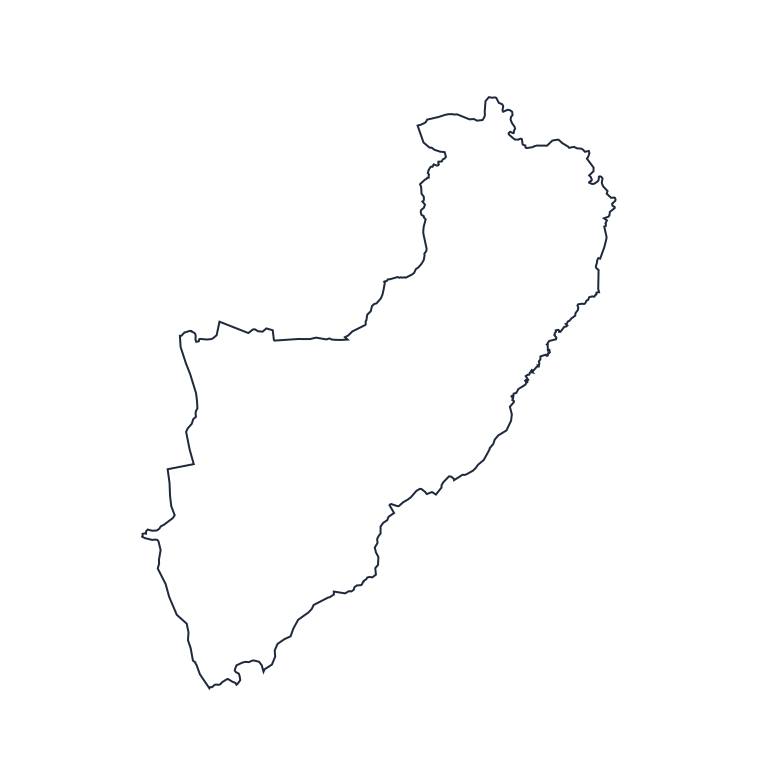 outline of Asene Akroso Manso, Eastern, Ghana, rotated 72°
{"feature_id": "2480657B68278489034036", "entity_name": "Asene Akroso Manso", "entity_type": "district", "adm_level": 2, "iso_a3": "GHA", "parent_name": "Ghana", "parent_adm1": "Eastern", "projection": "orthographic", "projection_center": [-0.832, 5.854], "detail": "fine", "context": "isolated", "style": "outline", "palette": "slate", "viewbox_px": 768, "rotation_deg": 72, "n_neighbors": 0, "source": "geoboundaries", "source_scale": "gbopen_adm2", "svg_char_len": 6165}
<svg xmlns="http://www.w3.org/2000/svg" viewBox="0 0 768 768"><g transform="rotate(72 384 384)"><path d="M489.6,656.2L506.7,653.5L520.0,654.1L539.5,652.4L551.0,645.7L559.9,646.7L567.0,649.6L575.5,649.5L588.0,651.2L590.5,649.4L591.4,649.7L593.3,649.1L603.2,648.8L619.4,644.1L618.5,643.3L619.2,641.2L617.8,638.1L617.9,636.6L618.9,634.7L619.0,632.4L617.7,630.4L616.3,625.0L616.3,623.6L620.6,619.9L622.3,617.7L624.4,617.3L623.9,615.9L621.2,612.2L617.3,611.6L614.6,611.6L612.4,613.8L610.4,614.5L608.9,613.6L606.0,611.3L605.2,604.9L605.4,601.7L606.8,598.4L606.4,595.5L606.6,593.4L609.6,588.6L613.9,587.2L620.4,587.5L618.4,585.7L616.2,577.3L609.6,571.7L603.7,570.3L598.3,565.6L595.9,557.6L595.1,550.8L588.8,546.0L581.7,538.5L577.9,526.4L575.7,522.3L572.4,519.2L569.8,503.0L570.0,501.5L568.7,496.7L565.9,495.9L571.1,485.7L570.2,481.5L571.2,479.0L570.3,476.3L568.2,475.0L567.2,472.2L568.2,468.0L567.6,466.7L566.0,465.4L565.7,464.4L565.0,464.2L564.2,461.2L562.9,459.7L563.0,457.5L564.3,454.8L562.8,450.6L556.4,449.2L554.2,445.6L546.8,442.8L541.7,443.7L536.7,443.3L533.2,439.3L529.3,438.4L526.9,436.1L525.2,433.5L518.5,431.3L515.8,427.7L514.5,423.0L511.7,420.7L509.8,414.3L501.0,416.2L500.5,415.6L500.4,414.2L504.3,409.0L504.7,407.6L502.3,402.1L501.3,397.1L500.0,393.4L495.7,386.3L494.8,382.3L495.5,380.8L499.4,378.2L501.9,377.3L501.6,371.7L505.2,368.8L500.3,361.4L497.9,360.4L495.8,358.0L491.9,350.7L492.9,348.7L495.7,346.9L497.1,347.1L494.6,337.3L495.4,335.3L495.4,333.6L493.9,326.1L492.4,323.0L489.9,319.6L487.0,312.5L478.8,303.8L477.8,303.4L474.7,298.5L471.1,295.9L468.2,291.2L466.0,281.9L458.2,274.5L452.4,271.8L444.5,271.3L441.5,266.2L440.5,265.7L438.9,266.9L437.4,265.9L435.0,266.5L434.7,265.1L435.9,264.9L433.2,263.6L433.4,261.0L430.3,257.7L428.5,250.4L428.1,249.4L426.9,248.6L426.6,247.1L425.5,246.9L425.3,248.4L424.5,248.8L424.0,247.9L424.8,246.2L424.6,245.6L420.3,246.8L419.6,244.4L420.0,243.0L418.3,241.7L418.1,240.6L418.9,239.2L417.1,240.1L416.3,239.1L417.6,238.0L414.7,233.2L415.0,232.1L414.0,232.0L414.8,231.2L412.1,229.8L410.4,229.8L409.0,227.7L406.1,226.7L406.1,221.2L406.3,220.7L407.4,220.7L407.6,219.5L406.0,218.7L405.8,217.8L404.8,217.8L405.0,216.5L402.6,216.2L402.5,217.7L397.9,216.4L396.8,216.9L396.6,215.9L395.9,215.9L394.1,213.6L394.6,206.6L393.1,205.7L390.0,206.9L389.5,206.2L388.3,205.8L387.4,204.3L386.1,204.1L386.3,201.6L387.2,201.0L388.5,201.4L388.9,200.1L385.4,195.0L385.6,192.7L385.0,191.5L383.1,192.6L382.9,191.4L381.4,189.8L381.1,187.9L379.5,185.4L378.1,181.0L375.9,180.1L373.5,176.7L371.3,175.6L369.0,175.7L368.2,174.7L368.9,170.7L369.7,169.2L369.5,167.8L367.2,165.5L367.1,163.8L364.9,162.1L365.0,158.9L365.8,157.7L365.8,156.6L365.0,156.1L364.4,154.3L363.1,154.1L362.7,153.2L363.2,151.1L359.8,150.9L341.9,144.7L339.3,146.3L337.6,146.2L334.0,143.7L332.3,143.1L330.5,141.2L331.6,139.7L322.1,132.3L314.8,127.7L313.0,126.9L302.4,125.9L302.2,124.2L300.2,123.5L299.6,123.7L297.3,121.4L294.4,123.6L294.2,118.7L293.1,117.4L290.1,116.0L288.0,110.3L287.0,109.9L285.0,111.6L283.2,111.5L281.2,107.4L280.1,106.8L278.5,106.8L277.8,107.4L277.1,110.5L271.8,113.4L269.6,111.8L264.0,114.4L261.1,114.8L259.7,114.6L256.1,112.7L254.1,113.3L253.3,114.4L253.2,115.5L256.2,116.8L257.3,118.0L258.5,122.2L258.1,124.2L255.9,126.7L255.1,126.0L254.8,123.9L254.0,123.2L251.1,123.4L249.0,124.4L246.4,119.0L242.9,117.8L232.3,121.4L231.4,120.0L228.0,117.3L225.7,117.2L225.2,121.2L222.8,122.2L221.1,123.7L219.6,127.5L217.2,130.0L216.6,134.9L215.2,135.5L209.9,140.1L205.9,142.3L205.3,143.2L204.5,148.6L207.7,155.3L204.5,164.8L204.3,167.9L204.7,169.4L203.7,175.4L202.9,176.3L200.8,175.9L199.8,177.5L198.8,178.1L193.7,177.2L192.8,178.4L193.1,180.8L191.8,184.2L185.2,188.2L183.9,187.9L183.1,186.1L185.4,183.6L185.4,183.1L183.0,181.9L181.8,180.5L179.8,180.3L175.3,181.7L171.5,181.9L169.1,180.5L168.0,178.6L164.7,178.0L162.8,179.3L161.4,181.6L161.9,186.5L160.5,186.8L156.4,184.7L154.4,185.2L152.1,187.9L146.6,188.8L145.8,189.7L145.0,193.1L143.6,195.6L146.3,200.0L155.9,204.0L159.1,204.8L161.3,206.2L163.4,208.7L162.3,214.1L159.8,216.6L158.7,220.9L150.1,231.2L149.4,234.1L148.4,235.8L147.3,239.4L146.9,243.0L146.9,249.8L145.9,261.3L147.7,263.1L148.3,264.7L148.8,268.6L148.6,272.2L166.5,271.8L173.3,267.6L174.0,265.6L176.8,263.7L180.4,258.8L182.2,254.7L187.1,254.9L188.3,256.7L188.5,258.6L190.2,260.3L189.4,263.6L191.0,264.2L192.2,264.0L192.7,264.8L192.7,266.1L190.5,268.9L192.4,270.7L191.8,272.0L192.6,273.5L194.8,275.9L195.7,276.1L196.8,277.2L198.7,276.5L200.6,277.6L201.5,277.6L201.4,279.5L202.2,280.3L202.2,281.7L205.1,288.0L208.1,287.8L214.6,289.5L218.2,288.3L221.1,289.1L222.1,289.9L222.3,291.1L226.1,289.6L228.6,291.5L230.1,295.1L231.8,296.0L234.7,296.1L236.7,294.3L238.0,294.6L240.3,293.5L246.6,297.6L250.4,299.3L253.1,300.1L268.8,301.7L270.7,302.8L272.6,305.4L274.3,305.7L278.4,307.9L281.4,311.3L283.7,315.2L284.6,318.2L287.6,321.0L288.6,323.7L289.6,330.4L288.8,331.8L288.5,333.9L287.8,334.7L287.7,336.6L286.5,337.9L286.2,346.3L285.7,347.9L286.9,349.7L286.6,352.0L286.8,352.3L287.7,351.8L293.9,355.1L298.6,357.9L301.6,360.5L305.0,366.2L304.9,368.5L306.1,371.3L310.7,374.1L312.9,378.5L318.0,381.1L318.7,382.1L321.3,382.8L322.1,383.6L324.2,397.8L326.8,403.1L327.4,406.7L330.5,404.9L328.8,411.3L326.6,417.6L325.3,420.3L323.8,421.8L323.8,425.0L318.9,434.3L318.4,440.6L314.6,452.0L308.9,474.7L308.0,475.1L298.5,473.2L294.8,478.7L296.7,483.3L294.9,487.5L292.1,489.9L291.6,491.8L293.6,497.3L273.9,521.2L285.9,528.1L287.8,532.9L287.9,534.5L286.9,538.9L284.3,544.9L284.4,546.0L286.1,546.9L285.9,549.5L283.5,549.6L280.0,548.2L277.9,548.1L276.7,548.6L274.4,551.1L274.0,550.9L273.5,552.2L273.4,557.9L275.5,561.8L275.1,563.2L285.9,566.0L302.7,566.0L314.8,565.3L334.8,565.6L342.4,567.1L349.6,569.0L351.2,570.8L353.4,572.2L357.1,573.0L358.4,576.2L362.4,579.1L365.6,584.4L368.4,587.0L386.3,589.1L401.4,589.7L398.2,616.1L411.6,618.5L424.5,622.1L434.5,624.1L444.1,623.6L446.3,626.4L449.8,636.6L450.4,640.2L452.3,642.6L453.1,645.3L451.9,649.9L449.4,653.7L450.5,655.7L452.8,656.6L452.1,657.8L451.9,660.0L453.9,660.5L454.5,661.2L456.7,659.0L460.6,652.7L461.5,649.0L462.5,647.6L464.2,647.1L473.0,647.8L481.5,652.3L485.3,653.4L489.6,656.2Z" fill="none" stroke="#1e293b" stroke-width="2"/></g></svg>